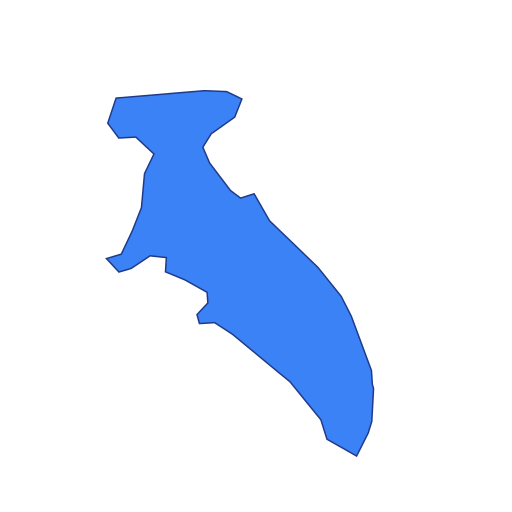 the border of Rivière Noire, rotated 133°
{"feature_id": "MUS-5193", "entity_name": "Rivière Noire", "entity_type": "District", "adm_level": 1, "iso_a3": "MUS", "parent_name": "Mauritius", "parent_adm1": "", "projection": "mercator", "projection_center": [57.418, -20.334], "detail": "fine", "context": "isolated", "style": "filled", "palette": "blue", "viewbox_px": 512, "rotation_deg": 133, "n_neighbors": 0, "source": "natural_earth", "source_scale": "10m", "svg_char_len": 774}
<svg xmlns="http://www.w3.org/2000/svg" viewBox="0 0 512 512"><g transform="rotate(133 256 256)"><path d="M260.0,455.0L235.9,466.0L170.3,406.5L155.8,389.6L150.8,373.4L168.9,366.3L197.1,372.1L212.7,369.1L219.6,353.4L225.5,319.3L224.2,306.8L211.8,299.8L221.0,270.1L222.1,203.0L227.4,166.2L235.1,145.1L261.0,93.5L270.5,83.4L272.8,79.6L298.0,58.5L309.0,53.2L333.7,46.0L335.4,53.3L341.6,79.1L331.5,96.9L328.9,115.9L324.8,145.3L325.8,160.8L328.3,203.1L329.3,220.0L333.0,240.9L341.8,249.2L344.0,251.3L339.1,259.2L323.2,259.2L315.9,267.0L322.0,291.8L329.3,311.4L318.3,320.5L328.1,333.6L350.2,338.8L361.2,345.3L359.9,363.6L346.5,355.8L322.0,363.6L298.7,372.8L271.8,393.7L251.0,400.2L251.0,425.0L263.3,436.8L260.0,455.0Z" fill="#3b82f6" stroke="#1e3a8a" stroke-width="1.5"/></g></svg>